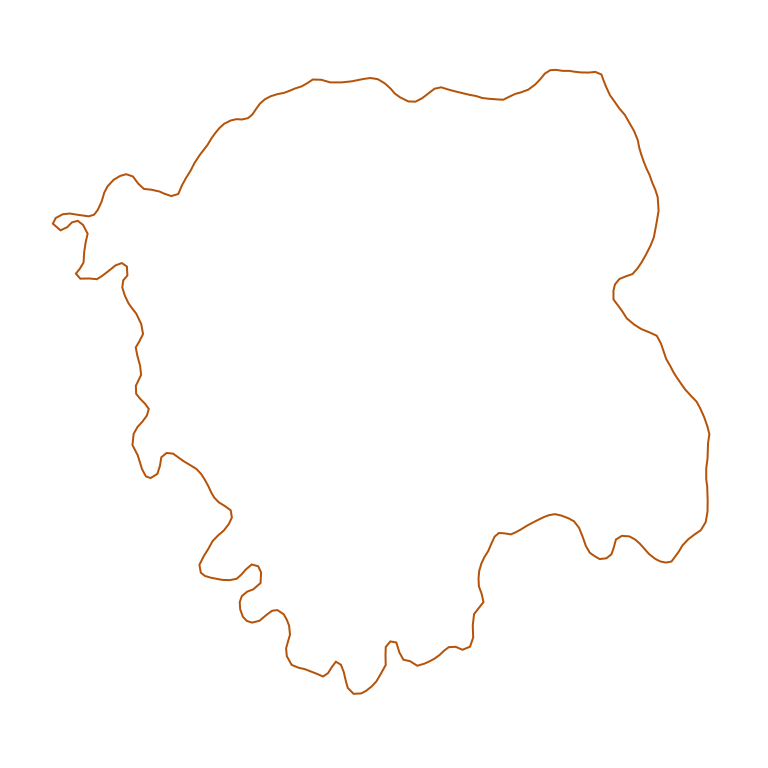 Indianópolis, Minas Gerais, Brazil (Equal Earth projection), rotated 357°
{"feature_id": "56859067B71925312752547", "entity_name": "Indianópolis", "entity_type": "district", "adm_level": 2, "iso_a3": "BRA", "parent_name": "Brazil", "parent_adm1": "Minas Gerais", "projection": "equal_earth", "projection_center": [-47.866, -18.967], "detail": "fine", "context": "isolated", "style": "outline", "palette": "amber", "viewbox_px": 768, "rotation_deg": 357, "n_neighbors": 0, "source": "geoboundaries", "source_scale": "gbopen_adm2", "svg_char_len": 4289}
<svg xmlns="http://www.w3.org/2000/svg" viewBox="0 0 768 768"><g transform="rotate(357 384 384)"><path d="M61.7,206.6L69.0,213.6L75.9,210.8L80.8,206.3L86.7,205.0L91.8,209.4L95.9,218.4L93.4,227.3L91.5,236.6L90.3,247.0L86.4,252.8L82.1,257.7L86.2,262.9L95.2,263.2L102.8,264.3L108.0,261.4L113.9,257.4L122.1,251.5L128.5,249.5L133.4,253.2L133.4,262.2L129.0,266.9L127.7,273.9L129.8,282.1L133.1,290.1L136.4,295.3L140.3,300.8L144.7,311.4L146.0,321.5L141.9,328.6L138.0,334.5L139.1,342.5L141.4,353.0L141.9,362.2L138.9,367.7L136.1,372.8L136.0,380.8L139.6,385.9L144.3,391.1L147.8,396.6L145.5,403.2L140.7,409.0L135.6,414.0L131.4,420.6L129.6,431.8L134.3,442.2L137.9,456.3L141.4,463.8L146.0,465.7L153.0,461.9L156.0,453.9L157.8,445.5L163.3,441.5L169.7,442.5L174.6,446.4L179.7,450.5L184.8,453.9L192.3,459.1L196.6,464.2L200.0,470.1L203.3,477.0L205.9,483.6L208.7,488.8L212.8,493.5L218.9,497.7L224.3,502.1L225.1,509.4L221.7,515.7L216.4,521.9L210.2,526.7L204.6,531.9L199.9,539.5L195.1,546.3L190.2,554.9L191.2,562.8L195.1,566.3L201.0,568.4L207.9,570.1L212.5,571.2L219.7,571.8L226.7,570.8L231.8,566.7L236.1,562.2L242.4,557.3L248.8,559.4L251.4,565.7L250.3,576.3L242.7,582.2L236.5,584.2L230.9,588.4L228.5,594.3L228.6,601.5L230.9,609.1L234.7,613.5L239.8,615.4L247.3,613.9L255.0,608.1L260.4,604.6L265.7,604.2L271.9,608.8L274.7,614.6L276.6,620.5L277.0,629.5L274.5,636.6L272.4,642.8L272.7,650.7L277.1,659.7L283.7,662.8L290.2,664.7L300.7,669.4L307.8,672.9L313.0,669.8L317.1,663.9L321.4,658.8L326.3,662.1L328.7,669.4L330.4,678.8L331.9,685.6L337.4,691.8L345.1,691.8L350.2,689.4L355.8,685.4L360.9,680.5L365.3,673.8L371.0,664.7L371.3,655.0L372.0,646.7L376.9,641.4L382.8,642.8L385.3,652.9L389.0,660.4L395.4,662.1L402.5,667.1L409.7,665.4L414.3,663.6L419.5,661.2L425.1,657.7L430.0,653.5L434.9,650.2L441.8,650.2L448.5,653.5L456.2,650.8L459.8,641.8L460.0,629.8L461.9,618.5L467.7,611.8L471.9,607.0L470.5,598.5L468.2,591.1L468.2,583.3L469.3,575.6L471.8,568.5L474.9,562.6L479.3,556.3L482.9,549.0L486.5,542.2L490.9,538.8L496.7,539.5L502.9,540.8L507.5,539.1L512.7,536.6L520.1,532.6L526.8,529.5L532.3,527.1L536.9,525.2L542.0,523.6L547.9,522.9L554.3,524.7L561.3,527.8L566.6,531.1L571.2,537.7L574.4,547.0L577.1,556.3L580.7,563.3L585.4,567.0L590.2,570.1L596.9,569.7L602.1,566.1L604.6,560.2L607.5,551.4L613.6,548.1L621.0,549.0L626.7,552.5L631.0,556.7L635.1,561.8L639.8,567.7L645.7,572.8L650.5,575.6L656.2,577.1L661.8,576.3L665.7,571.6L669.5,567.0L673.6,560.8L679.8,554.9L686.3,550.5L692.7,546.6L698.0,538.8L700.4,528.3L701.1,517.7L701.4,503.2L700.8,495.9L701.4,484.9L703.2,475.2L704.5,460.1L706.3,451.2L704.8,443.5L702.0,433.9L698.7,425.3L695.3,418.1L689.7,411.6L684.3,405.0L680.4,398.8L676.6,392.6L673.7,387.4L670.7,380.8L667.1,373.7L665.3,367.3L662.7,358.1L658.9,350.1L651.9,346.4L643.8,342.6L637.0,337.8L629.9,331.2L626.0,324.3L622.4,318.7L617.6,311.6L618.0,302.8L619.9,296.6L624.5,291.5L631.6,289.0L637.9,287.2L643.5,281.5L647.8,275.7L652.5,268.3L657.6,259.4L661.2,251.5L662.7,245.3L664.8,236.6L667.3,225.3L667.1,211.8L665.1,204.2L662.4,196.9L660.1,189.0L657.6,183.1L655.0,175.5L652.7,167.6L651.2,161.0L650.2,153.8L647.0,144.5L643.2,137.0L638.6,127.9L633.4,121.1L629.1,114.2L624.8,107.5L621.4,99.0L619.4,93.1L617.3,86.3L611.4,83.4L605.0,83.7L597.3,83.2L590.4,82.1L585.8,81.0L578.6,80.6L572.2,79.3L566.5,79.3L560.9,82.4L555.9,87.9L550.8,92.7L543.5,97.6L535.8,100.0L530.4,101.1L524.1,103.7L518.1,106.3L513.3,105.9L508.1,105.2L503.2,104.6L497.1,103.5L491.2,101.3L484.2,99.6L476.5,97.3L469.1,95.1L463.0,93.1L456.6,90.7L449.8,91.8L443.5,96.2L436.9,100.7L430.2,103.7L423.1,103.1L415.1,98.6L410.0,94.5L405.9,89.2L400.5,83.8L393.8,79.3L386.4,77.7L379.4,78.3L374.6,79.0L368.1,80.0L357.6,80.6L346.1,80.0L337.3,76.9L328.8,76.2L323.6,79.3L317.5,82.4L310.1,84.4L304.9,86.3L299.5,88.0L292.6,89.0L285.9,90.7L280.0,93.4L274.7,97.6L270.3,103.1L266.7,107.9L262.1,111.4L255.9,112.4L250.5,111.8L244.8,112.8L237.9,115.8L232.8,120.0L228.2,125.1L224.8,129.3L220.2,136.1L212.3,145.3L206.5,153.1L201.9,161.0L196.8,168.3L192.6,175.1L188.5,183.5L181.4,185.2L174.5,182.4L169.8,180.0L161.4,177.7L154.4,176.6L149.1,171.1L144.1,163.6L137.5,161.0L131.4,162.4L124.7,165.9L118.2,172.2L114.7,178.2L111.5,187.2L107.2,195.3L103.4,199.7L98.0,201.1L92.6,200.1L85.6,198.7L79.0,197.3L72.0,197.7L64.8,201.1L61.7,206.6Z" fill="none" stroke="#b45309" stroke-width="2"/></g></svg>